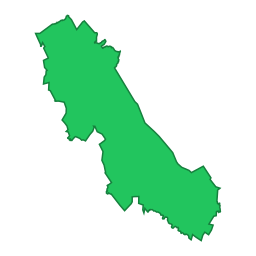 the district of Indé, Durango, Mexico
{"feature_id": "50627088B54774799298388", "entity_name": "Indé", "entity_type": "district", "adm_level": 2, "iso_a3": "MEX", "parent_name": "Mexico", "parent_adm1": "Durango", "projection": "robinson", "projection_center": [-105.025, 25.738], "detail": "fine", "context": "isolated", "style": "filled", "palette": "green", "viewbox_px": 256, "rotation_deg": 0, "n_neighbors": 0, "source": "geoboundaries", "source_scale": "gbopen_adm2", "svg_char_len": 5523}
<svg xmlns="http://www.w3.org/2000/svg" viewBox="0 0 256 256"><path d="M68.6,15.8L67.7,15.4L67.3,15.4L66.9,16.1L66.5,16.2L66.3,16.3L66.3,16.8L66.1,17.2L66.0,17.8L65.7,18.2L65.5,18.9L64.8,19.3L64.4,19.8L62.9,20.4L62.4,20.1L62.2,20.4L61.8,20.2L61.3,20.5L60.8,20.5L59.9,21.3L59.7,21.5L59.1,21.8L59.0,22.0L58.7,22.0L58.3,22.1L58.2,22.4L57.9,22.7L57.5,22.6L57.3,22.8L57.1,22.7L57.1,22.9L56.9,22.9L56.9,23.0L56.4,23.3L56.4,23.2L56.1,23.3L55.9,23.4L55.7,23.6L55.3,23.6L55.2,23.8L54.4,23.9L54.1,24.1L53.9,24.0L53.6,24.1L53.4,24.1L53.0,24.1L52.7,24.3L52.3,24.2L39.9,33.4L35.6,33.4L37.4,37.5L40.6,44.5L40.7,46.2L41.3,46.2L42.0,44.7L42.0,44.1L42.6,42.6L44.9,46.6L44.0,47.5L43.7,48.2L48.3,57.9L48.3,58.1L43.5,60.4L44.6,67.5L47.1,70.3L46.2,70.9L45.9,74.7L44.2,77.1L43.5,84.0L49.0,82.5L48.6,90.0L50.3,90.7L55.5,100.5L54.9,100.9L55.2,101.2L58.7,101.1L64.2,102.2L66.3,108.3L66.1,113.2L62.1,120.0L64.6,122.8L67.0,126.0L68.0,129.6L66.2,131.5L68.2,132.0L69.6,135.7L68.2,137.6L67.9,137.6L67.7,137.9L67.8,138.3L68.0,138.3L68.1,138.2L68.5,138.3L68.9,138.8L69.3,139.6L69.7,139.4L69.5,139.8L70.1,140.4L70.6,140.1L70.6,139.9L70.6,139.6L70.8,139.7L71.2,140.5L72.0,140.4L72.1,140.0L74.7,137.1L75.7,136.6L79.8,138.4L81.7,140.2L83.1,139.8L85.5,140.9L89.9,134.5L92.7,131.3L93.9,128.0L94.1,127.1L93.6,126.2L94.9,126.3L97.2,131.7L102.1,134.1L105.5,139.1L104.5,140.6L99.4,144.3L103.0,151.6L101.9,160.3L104.1,165.1L105.6,172.5L105.1,172.9L111.5,182.5L109.2,184.4L108.7,184.6L108.5,184.9L107.9,185.0L107.3,185.4L107.2,185.6L107.6,186.1L107.8,186.6L107.8,187.0L107.9,187.5L107.7,188.0L107.2,188.6L106.9,190.3L107.0,190.5L107.4,190.7L107.4,190.8L107.3,191.1L106.5,191.4L106.4,191.6L106.5,192.2L106.4,193.0L106.6,193.2L107.2,193.4L107.4,193.9L108.5,193.6L108.6,193.0L110.6,194.1L111.2,194.0L119.8,205.1L124.6,210.7L131.2,203.7L132.2,201.8L132.2,196.9L134.4,196.6L138.8,196.5L138.7,203.4L143.2,205.0L142.8,209.9L143.9,213.0L144.9,208.4L147.7,212.0L147.8,212.0L148.0,212.0L148.1,211.7L148.4,211.6L148.5,211.3L148.3,211.1L148.5,211.0L148.5,210.7L149.0,210.5L149.5,210.4L149.4,210.2L149.5,209.7L150.4,209.5L151.3,209.7L152.3,209.6L153.3,210.5L153.7,211.0L154.5,210.9L155.2,211.1L156.5,212.0L156.8,212.1L158.0,212.0L160.3,213.4L160.6,213.9L160.7,214.7L160.9,215.1L162.8,215.2L163.0,215.3L163.3,215.5L163.4,215.9L163.4,216.1L162.9,216.8L162.5,218.3L162.7,218.8L163.0,219.0L164.3,218.7L164.7,217.6L165.3,217.0L165.8,217.0L166.0,217.2L167.0,217.3L167.4,217.6L167.7,218.3L167.7,218.8L167.7,219.3L167.4,219.9L168.1,221.5L168.5,222.4L168.5,222.8L169.0,223.2L169.1,223.3L169.4,223.6L170.5,223.8L171.2,224.1L171.9,224.5L172.1,225.6L171.9,225.8L171.5,226.8L171.7,227.5L172.4,228.0L172.8,228.1L173.3,228.0L173.8,227.5L174.2,226.9L175.0,226.5L175.4,226.4L175.9,226.8L176.0,226.8L176.7,227.2L177.1,227.8L177.5,227.8L178.0,227.5L178.1,227.8L178.4,228.3L178.5,228.5L178.5,228.8L178.4,228.9L178.3,229.5L178.2,229.8L178.1,230.2L178.2,230.5L179.2,231.1L179.8,231.2L180.2,231.2L180.6,231.3L180.7,231.5L180.9,232.8L181.0,233.1L181.2,233.3L182.1,232.8L182.5,232.8L183.3,233.3L183.6,233.9L183.9,234.2L184.3,234.2L184.9,234.7L185.5,234.5L185.6,234.3L185.8,234.1L186.2,234.1L187.0,234.5L187.3,234.8L187.6,234.8L188.4,235.6L188.8,236.7L188.8,237.2L188.9,238.0L189.8,238.7L190.6,239.5L191.2,239.8L192.6,234.6L195.9,237.1L201.2,240.6L202.8,235.2L204.8,232.2L208.6,234.7L211.4,230.1L213.1,225.1L208.9,224.1L213.8,216.2L216.2,215.7L216.4,211.9L216.9,211.8L216.9,211.4L217.0,211.3L217.7,211.3L218.1,211.1L218.6,211.3L218.6,211.8L218.8,212.3L219.4,211.8L219.9,212.0L220.3,211.8L220.4,211.6L220.2,210.2L220.1,208.9L219.7,207.3L219.9,206.6L219.8,205.7L220.0,205.3L219.9,205.2L219.6,205.2L219.4,205.0L219.7,203.5L219.6,203.2L219.4,203.2L219.0,203.7L218.6,204.1L217.6,203.5L217.6,202.9L217.4,202.8L217.4,202.6L217.3,201.8L217.2,201.6L216.9,201.4L217.6,191.2L217.5,190.7L218.0,189.7L218.4,189.3L219.4,188.8L220.0,188.2L215.8,186.8L210.1,179.5L210.9,177.8L203.3,166.2L191.4,172.6L189.0,170.4L181.7,167.3L177.9,163.9L176.5,161.8L172.7,152.6L159.1,136.4L154.1,131.4L144.9,122.9L141.3,113.7L137.5,104.2L134.8,101.6L114.5,67.9L114.8,67.4L115.7,66.9L116.5,65.9L116.6,65.4L116.6,64.9L116.6,64.4L117.5,63.3L118.0,62.9L117.9,62.1L118.5,61.7L118.3,61.4L118.4,61.2L118.4,60.8L118.7,60.5L118.7,60.3L118.9,59.8L118.6,59.4L118.3,58.8L118.2,58.6L118.2,58.2L118.0,57.5L118.1,57.3L118.1,57.1L118.7,57.0L118.9,56.6L118.9,56.4L118.6,56.3L118.5,56.1L118.7,55.8L118.8,55.6L118.9,55.3L119.3,55.1L119.2,54.8L119.5,54.5L119.4,54.2L119.7,53.6L119.6,53.3L119.4,52.9L120.1,52.1L120.3,51.4L120.2,51.2L119.7,51.8L119.0,51.9L118.1,51.7L117.5,51.8L117.2,51.5L116.4,51.4L116.0,51.3L115.5,51.0L114.7,50.4L114.1,49.5L113.8,49.1L113.8,48.9L112.7,47.5L112.4,47.4L112.0,47.5L111.5,47.4L111.4,47.5L111.3,47.3L111.3,47.1L111.2,46.7L110.7,46.4L110.2,46.3L109.7,46.4L109.2,46.2L108.5,46.6L108.1,46.8L107.2,46.1L106.3,46.1L106.0,46.3L105.8,46.6L105.5,46.6L105.2,46.6L105.0,47.1L104.8,47.2L104.5,47.3L104.1,47.1L103.7,47.2L103.0,48.1L102.7,47.9L102.5,48.0L101.4,46.2L102.1,45.6L104.0,44.5L105.8,41.6L105.8,41.2L105.4,40.2L104.9,39.6L104.5,39.7L104.2,40.3L103.9,40.7L103.5,40.8L103.2,41.0L102.8,41.0L102.4,41.1L101.6,42.0L101.4,42.5L100.5,42.8L100.0,43.3L99.6,43.3L99.4,43.6L99.1,43.7L98.0,43.4L97.7,43.4L97.4,43.1L95.9,42.7L95.6,42.7L94.7,42.9L94.6,42.4L95.6,41.2L95.8,41.1L96.3,41.2L96.5,41.2L96.5,37.2L97.0,35.2L97.2,34.9L97.3,34.0L97.2,33.4L97.0,33.0L96.7,32.8L96.4,32.7L95.6,32.8L95.2,32.7L94.6,32.7L94.3,32.5L94.2,32.2L84.3,20.9L82.6,22.0L76.7,29.6L71.4,19.6L68.7,16.8L68.6,15.8Z" fill="#22c55e" stroke="#15803d" stroke-width="1.5"/></svg>